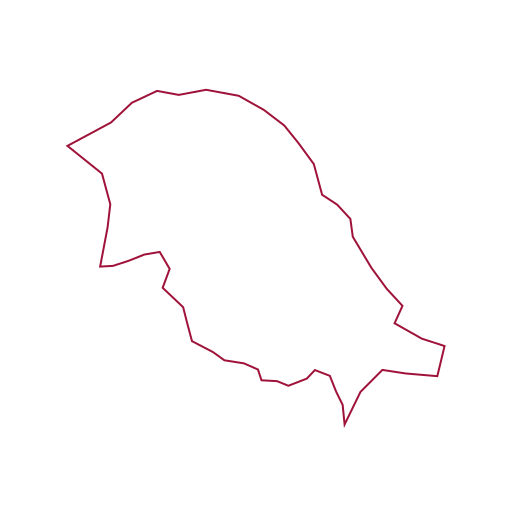 Agia Marina Skyllouras, Cyprus, rotated 342°
{"feature_id": "46923920B60275250769381", "entity_name": "Agia Marina Skyllouras", "entity_type": "district", "adm_level": 2, "iso_a3": "CYP", "parent_name": "Cyprus", "parent_adm1": "", "projection": "equal_earth", "projection_center": [33.126, 35.224], "detail": "fine", "context": "isolated", "style": "outline", "palette": "rose", "viewbox_px": 512, "rotation_deg": 342, "n_neighbors": 0, "source": "geoboundaries", "source_scale": "gbopen_adm2", "svg_char_len": 795}
<svg xmlns="http://www.w3.org/2000/svg" viewBox="0 0 512 512"><g transform="rotate(342 256 256)"><path d="M157.4,257.4L170.9,282.2L169.9,296.9L168.8,317.2L185.4,334.1L193.7,345.4L211.4,354.4L222.8,364.6L222.8,375.9L237.3,381.5L246.7,389.4L266.4,388.3L276.8,382.7L289.2,392.8L290.3,409.8L292.4,424.4L288.2,443.6L313.4,417.5L341.0,403.4L362.1,414.0L391.3,426.3L399.3,413.3L407.5,399.9L388.1,385.8L367.0,362.8L379.9,348.7L370.2,327.6L362.1,302.9L354.0,267.6L357.2,249.9L349.1,232.3L337.8,218.2L339.4,186.5L331.3,161.8L323.2,140.6L308.6,119.5L289.1,98.3L259.9,82.5L232.3,78.9L212.9,68.4L185.3,71.9L159.4,84.2L110.7,93.0L135.0,130.1L133.4,161.8L123.7,182.9L104.5,217.9L116.9,221.2L133.5,221.2L150.1,220.1L165.7,222.4L169.9,241.6L157.4,257.4Z" fill="none" stroke="#9f1239" stroke-width="2"/></g></svg>